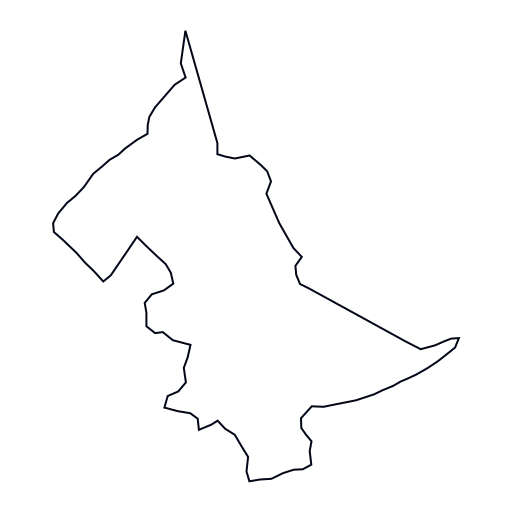 the district of Cortês, Pernambuco, Brazil
{"feature_id": "56859067B35523220446037", "entity_name": "Cortês", "entity_type": "district", "adm_level": 2, "iso_a3": "BRA", "parent_name": "Brazil", "parent_adm1": "Pernambuco", "projection": "albers", "projection_center": [-35.53, -8.422], "detail": "fine", "context": "isolated", "style": "outline", "palette": "ink", "viewbox_px": 512, "rotation_deg": 0, "n_neighbors": 0, "source": "geoboundaries", "source_scale": "gbopen_adm2", "svg_char_len": 1407}
<svg xmlns="http://www.w3.org/2000/svg" viewBox="0 0 512 512"><path d="M185.4,30.7L180.8,63.4L185.6,77.5L174.6,84.8L155.0,107.4L149.3,117.0L147.7,125.3L147.5,133.8L137.0,139.8L124.8,148.7L118.4,154.7L109.6,159.8L102.5,166.1L93.2,173.8L84.0,186.9L75.4,196.0L67.1,202.8L58.2,213.4L53.1,223.2L53.9,232.0L62.8,239.8L76.7,253.1L84.8,262.4L94.1,271.4L103.3,281.5L110.9,275.2L137.0,236.8L145.5,245.3L156.9,256.1L165.7,264.1L170.8,272.7L173.3,283.6L163.9,290.4L151.8,294.3L144.7,302.9L146.4,312.7L146.4,326.3L155.1,333.1L162.8,332.1L172.8,340.2L190.5,344.9L187.6,357.6L183.8,367.9L185.9,382.4L178.2,391.5L167.7,396.0L164.4,407.6L177.5,411.1L190.2,413.2L197.7,418.7L198.9,429.8L211.2,424.7L217.6,420.7L225.2,428.8L234.8,434.8L241.6,446.4L248.1,456.9L246.5,471.5L249.4,481.3L260.1,479.5L271.4,478.8L283.1,473.1L293.8,469.7L302.6,469.3L311.3,464.7L309.7,451.1L311.5,441.3L305.9,434.5L301.3,428.0L301.0,418.2L311.8,406.3L323.6,406.8L332.8,404.9L356.0,400.3L364.5,397.5L374.2,394.3L382.6,390.2L393.1,385.9L400.3,381.7L407.5,378.6L415.6,374.9L427.7,368.0L437.9,361.2L448.7,352.7L455.1,347.5L458.9,338.1L451.2,338.6L443.6,341.6L434.9,345.4L420.7,349.2L405.9,341.6L308.9,288.4L300.0,284.0L296.2,274.7L295.4,265.9L301.8,256.9L293.4,248.0L279.3,223.2L266.4,193.7L271.0,181.4L267.2,171.3L260.9,165.1L249.6,155.5L234.8,158.5L225.8,156.7L217.4,154.2L217.4,143.1L185.4,30.7Z" fill="none" stroke="#020617" stroke-width="2"/></svg>